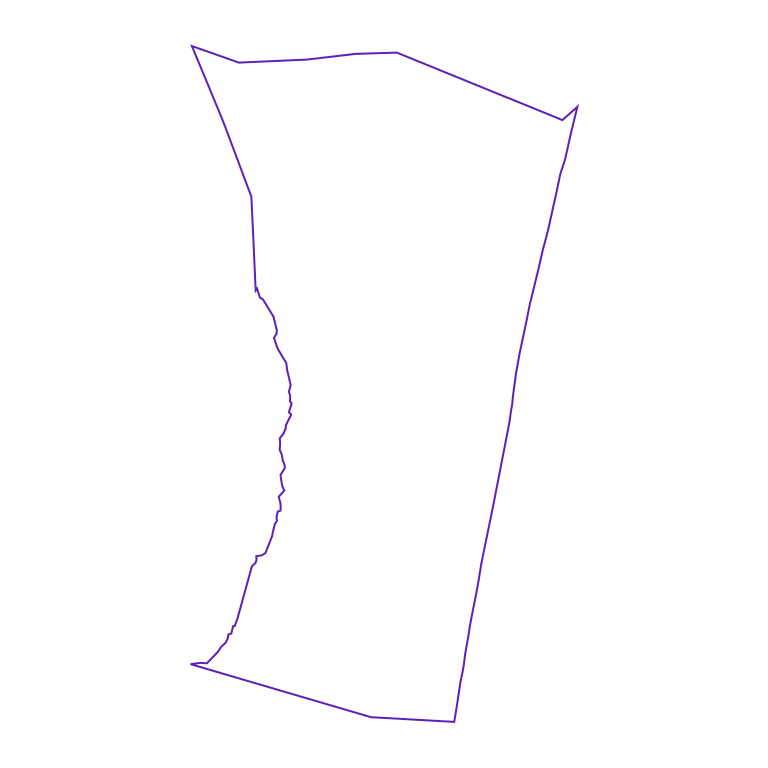 outline of La Grandeza, Chiapas, Mexico
{"feature_id": "50627088B79475458377656", "entity_name": "La Grandeza", "entity_type": "district", "adm_level": 2, "iso_a3": "MEX", "parent_name": "Mexico", "parent_adm1": "Chiapas", "projection": "robinson", "projection_center": [-92.226, 15.51], "detail": "fine", "context": "isolated", "style": "outline", "palette": "violet", "viewbox_px": 768, "rotation_deg": 0, "n_neighbors": 0, "source": "geoboundaries", "source_scale": "gbopen_adm2", "svg_char_len": 1858}
<svg xmlns="http://www.w3.org/2000/svg" viewBox="0 0 768 768"><path d="M577.4,106.8L562.4,120.1L542.9,112.1L520.6,103.0L497.1,93.5L396.8,52.6L355.2,53.9L306.6,59.6L238.8,62.6L212.8,53.4L191.9,46.1L207.1,82.6L209.0,87.2L215.6,103.2L218.2,109.4L223.2,121.6L224.2,124.3L225.6,127.8L226.6,130.6L234.4,151.3L238.4,162.0L243.5,175.7L251.4,196.7L251.9,208.6L251.9,209.2L252.1,212.2L252.5,221.3L253.3,237.8L254.2,258.0L255.7,290.5L257.1,288.6L259.9,297.6L263.0,299.5L273.5,316.7L276.9,330.6L276.5,333.7L274.0,337.8L277.1,347.2L278.3,349.8L280.3,353.0L282.1,356.2L286.2,362.9L287.2,370.3L290.7,385.1L288.9,391.8L290.2,395.9L290.2,397.0L289.9,401.3L291.6,403.1L291.2,404.9L290.9,406.0L290.2,408.0L288.9,412.4L290.9,414.1L291.0,415.1L287.6,421.7L287.2,423.0L286.3,424.4L286.0,424.7L285.9,425.3L285.7,428.8L285.2,429.3L283.6,433.4L279.7,438.4L280.2,443.0L279.7,449.9L281.6,454.1L282.2,457.1L282.9,461.0L284.3,463.9L284.9,467.9L280.5,475.0L281.2,479.9L281.6,482.3L282.2,486.0L284.3,490.5L278.7,496.8L280.5,503.6L280.7,507.7L280.4,510.7L277.7,511.6L276.5,517.4L277.0,520.7L274.8,524.2L272.7,532.8L272.2,535.9L265.4,553.1L261.4,555.5L256.3,556.1L256.5,560.0L255.5,562.9L251.9,566.3L237.4,618.8L234.7,626.0L233.1,626.2L231.3,633.5L228.3,634.6L228.0,637.8L225.7,642.7L221.3,646.7L217.9,651.8L206.9,663.3L200.4,662.9L190.6,664.2L279.1,690.2L371.0,717.2L454.2,721.9L456.3,709.4L460.6,681.2L462.5,672.3L463.9,664.4L465.1,654.4L468.5,635.3L469.9,626.0L471.4,617.9L473.9,605.2L476.5,592.4L476.5,592.1L478.7,580.1L478.8,579.4L481.2,564.2L493.3,505.1L509.0,424.5L509.0,424.2L509.5,421.6L511.0,410.9L511.1,410.5L512.1,404.7L513.1,394.6L513.2,394.3L515.9,374.2L519.6,353.4L526.4,321.4L530.0,303.3L531.0,299.7L538.6,268.4L542.8,250.0L545.5,239.9L548.1,229.9L548.2,229.5L556.6,191.7L560.3,174.0L565.0,159.8L571.0,132.9L577.4,106.8Z" fill="none" stroke="#5b21b6" stroke-width="2"/></svg>